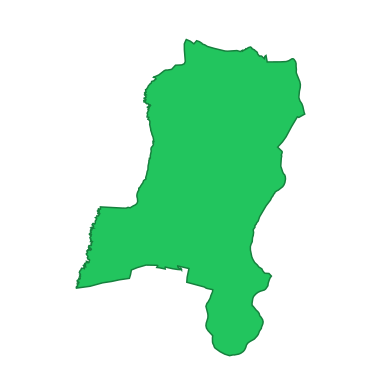 Farcas, Dolj, Romania (Robinson projection), rotated 191°
{"feature_id": "2599482B69484813321129", "entity_name": "Farcas", "entity_type": "district", "adm_level": 2, "iso_a3": "ROU", "parent_name": "Romania", "parent_adm1": "Dolj", "projection": "robinson", "projection_center": [23.752, 44.619], "detail": "fine", "context": "isolated", "style": "filled", "palette": "green", "viewbox_px": 384, "rotation_deg": 191, "n_neighbors": 0, "source": "geoboundaries", "source_scale": "gbopen_adm2", "svg_char_len": 6032}
<svg xmlns="http://www.w3.org/2000/svg" viewBox="0 0 384 384"><g transform="rotate(191 192 192)"><path d="M174.9,339.4L184.0,337.0L186.6,336.7L197.5,337.2L204.6,337.8L207.5,338.9L209.9,339.2L210.7,339.9L213.4,341.0L216.3,341.4L218.4,337.8L222.4,339.7L226.7,340.6L227.0,339.7L227.8,335.9L226.6,330.0L223.5,318.9L224.0,316.5L226.3,314.8L232.4,313.3L235.4,308.5L239.7,306.9L240.8,306.8L242.3,305.9L246.9,300.6L250.2,298.3L251.5,297.7L251.7,297.2L250.3,297.2L249.3,296.7L249.0,296.3L249.2,295.6L250.2,294.8L250.3,294.1L252.7,292.8L252.9,290.9L254.0,289.9L254.2,289.2L255.0,288.1L255.5,285.9L256.0,285.1L256.1,284.2L257.1,283.6L256.2,281.1L257.1,280.9L257.4,280.3L256.8,279.8L257.0,279.4L255.7,278.7L256.9,278.2L255.6,277.0L255.2,276.3L255.4,275.9L256.9,275.1L256.8,274.4L255.2,274.2L254.9,274.0L254.8,273.6L255.1,273.1L256.7,272.4L256.3,271.3L255.0,271.6L254.7,271.4L254.9,271.0L253.3,270.0L252.2,270.4L251.7,270.1L251.5,269.7L249.7,269.6L249.2,269.1L249.4,268.7L250.5,268.5L249.8,267.8L249.9,267.6L251.2,267.4L252.0,266.8L251.9,266.4L251.6,266.3L250.3,266.4L250.2,265.9L250.9,264.4L250.2,264.0L251.1,260.8L250.4,259.8L250.5,257.1L248.7,257.0L249.2,255.0L248.3,254.8L246.9,253.5L246.5,251.5L246.5,250.4L244.7,246.3L244.2,244.6L242.8,242.2L242.3,240.9L240.8,238.7L239.5,235.5L240.0,234.5L239.0,234.0L239.2,233.7L239.8,233.4L239.5,232.1L239.0,231.8L239.0,230.9L239.3,229.9L240.4,227.9L240.5,226.9L240.4,225.9L239.8,224.4L239.9,220.0L239.4,217.4L240.3,217.0L240.2,216.4L239.9,216.2L240.3,214.9L240.0,212.9L240.1,209.4L239.5,205.4L239.9,203.8L239.9,200.0L240.2,197.4L239.7,196.1L241.7,193.9L242.0,191.5L242.8,190.0L244.2,186.3L245.0,185.6L244.6,183.7L245.2,182.1L245.5,180.3L245.5,178.4L245.1,176.7L244.4,175.4L243.5,172.3L243.9,170.1L245.2,168.5L247.1,167.1L249.7,164.7L251.9,164.7L253.5,163.6L256.8,163.0L279.1,159.9L278.6,157.7L279.6,157.5L280.5,157.7L280.8,157.2L280.6,156.8L279.6,156.3L279.5,155.8L280.8,155.8L281.2,155.3L280.3,154.4L279.6,154.4L279.3,154.1L280.0,153.7L280.4,153.1L280.2,152.7L278.5,152.8L279.4,150.6L280.8,150.4L280.6,149.8L280.8,149.3L281.9,148.4L280.5,147.7L280.7,146.4L281.3,145.6L281.3,144.3L281.0,143.1L281.4,142.0L283.0,142.3L283.3,142.1L283.8,140.7L282.5,140.1L282.0,139.1L284.0,138.0L282.1,137.6L284.1,136.9L284.1,136.1L283.1,135.8L283.5,135.0L284.1,135.3L284.3,135.1L284.2,134.1L283.7,133.8L283.2,133.0L283.4,132.5L283.9,132.5L284.7,131.2L284.4,130.9L283.4,131.3L282.6,131.0L282.6,130.7L283.9,130.3L282.7,129.4L283.5,127.8L282.9,126.8L282.3,126.6L282.4,125.8L281.6,125.2L282.1,124.6L282.2,123.9L280.4,124.1L280.7,123.4L280.8,122.6L281.2,122.3L280.6,120.9L280.6,120.5L280.9,120.2L281.4,120.4L281.7,120.0L282.9,119.7L283.1,118.0L282.7,117.5L282.0,117.9L280.8,117.4L279.9,116.7L279.8,116.3L280.4,115.7L280.7,116.5L281.3,115.9L281.5,116.6L282.4,116.3L282.2,115.5L283.1,115.3L282.9,114.9L283.6,114.6L284.0,114.0L283.3,113.5L283.3,112.8L283.0,112.3L283.9,111.3L283.9,110.9L281.9,109.0L281.8,108.4L282.2,107.5L281.1,106.1L279.9,106.1L279.6,105.8L279.5,105.2L279.9,104.2L279.6,103.4L280.0,102.9L280.8,102.6L281.2,102.7L281.2,103.3L281.5,103.8L282.4,103.8L282.0,102.7L283.3,101.6L282.7,100.6L282.7,100.1L283.0,100.0L283.7,100.6L283.8,99.8L284.6,99.2L284.2,98.8L282.5,99.2L282.1,98.2L283.2,98.2L283.7,97.9L283.7,97.5L283.1,96.7L283.1,96.3L283.7,96.6L284.3,96.3L285.9,96.1L286.2,94.4L287.1,92.8L287.2,91.3L285.8,90.0L285.8,89.6L286.4,89.1L285.5,88.3L286.2,87.7L285.6,87.1L285.6,86.6L285.2,85.8L285.3,85.6L286.5,85.9L286.6,85.6L286.0,84.7L286.8,84.5L287.0,83.9L287.8,83.2L287.3,81.8L286.2,82.1L285.9,81.8L286.6,81.4L285.9,80.3L287.1,79.9L286.5,78.8L286.7,78.2L286.4,77.6L287.3,77.0L287.4,76.3L287.1,75.6L274.1,80.0L262.4,85.8L253.7,88.9L246.7,91.9L237.0,95.3L236.6,99.0L236.6,103.9L231.2,107.4L223.2,111.5L212.3,113.4L211.6,113.1L212.2,111.2L209.6,111.4L203.6,111.3L204.0,112.3L203.9,113.2L196.4,113.0L191.4,113.2L188.8,113.5L188.7,114.3L188.0,114.2L187.4,113.6L187.5,114.2L188.5,115.0L190.1,114.8L190.9,115.2L191.7,115.9L191.9,116.7L180.4,116.3L180.5,107.4L179.9,102.4L161.6,101.1L160.1,100.4L158.8,100.2L153.0,100.1L152.8,98.0L153.7,93.9L153.9,91.2L155.2,87.2L156.1,85.5L156.5,82.4L153.3,75.6L152.7,73.6L152.4,71.4L153.0,66.0L152.8,63.4L151.8,61.1L149.7,58.9L144.3,54.9L144.1,52.6L143.2,48.5L142.5,47.1L141.3,45.6L140.7,44.3L139.6,43.2L134.0,40.6L129.0,39.1L123.9,38.5L120.5,40.0L119.4,40.1L115.2,41.8L113.4,43.0L111.2,45.3L110.2,47.2L109.6,49.4L109.3,52.4L108.2,54.6L106.7,56.2L102.7,59.6L100.4,63.4L99.8,65.0L99.2,68.4L97.9,71.3L98.0,72.3L97.3,76.2L97.4,78.1L98.3,80.1L100.2,82.2L101.8,83.4L103.0,85.7L104.5,87.1L106.6,88.4L110.3,91.6L111.2,91.9L111.8,93.9L112.0,98.8L111.8,100.4L111.3,101.8L109.7,104.3L108.1,106.1L106.1,107.6L102.3,109.6L101.2,110.8L99.6,114.4L99.8,117.1L99.4,120.3L99.0,122.4L98.0,124.6L100.9,126.7L104.8,126.2L105.5,126.4L107.5,128.1L108.8,129.9L112.2,131.2L113.9,132.8L117.1,134.8L119.5,137.6L121.0,139.9L123.6,146.2L124.3,149.5L124.1,151.8L123.4,154.7L123.9,158.7L123.6,160.9L123.8,164.0L124.7,166.5L124.2,168.0L123.5,169.2L123.8,171.1L123.1,172.3L122.7,173.1L122.7,174.0L121.5,176.1L120.9,180.6L116.6,192.7L113.4,199.1L112.8,201.7L111.9,203.4L111.3,205.6L110.7,206.3L110.5,207.6L109.0,209.3L107.7,210.2L104.0,214.5L103.1,216.5L102.6,219.0L102.7,222.6L103.4,225.0L104.3,226.5L105.4,227.2L106.6,228.6L109.8,234.3L110.8,242.2L110.8,244.5L111.4,245.2L111.0,247.8L111.2,248.6L111.3,249.0L116.5,252.4L112.7,258.6L110.2,264.1L106.8,275.1L102.9,285.9L101.4,285.6L96.2,290.0L97.2,291.7L99.6,297.3L101.1,299.7L103.4,302.0L104.8,304.5L105.2,305.5L105.8,311.5L105.7,315.1L106.1,318.1L107.2,320.8L112.2,328.6L112.6,329.7L112.9,332.2L113.8,335.2L114.3,337.8L115.2,339.7L117.1,341.6L118.3,342.1L119.3,341.8L122.1,339.3L124.5,338.0L130.1,336.6L143.0,334.0L145.4,340.1L146.3,339.1L146.5,336.7L149.5,338.6L150.3,338.7L151.6,338.2L153.8,339.9L154.4,341.2L155.2,342.0L156.9,342.7L157.8,343.4L160.6,344.2L161.1,345.1L162.3,345.5L164.2,344.5L165.9,342.8L166.5,342.9L166.8,342.1L168.8,340.5L169.0,340.3L169.0,340.9L169.3,340.9L171.4,339.1L174.9,339.4Z" fill="#22c55e" stroke="#15803d" stroke-width="1.5"/></g></svg>